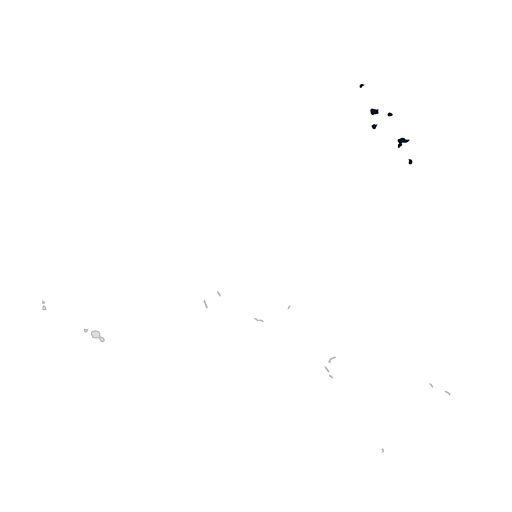 Marquesas Islands on a map of French Polynesia (Albers equal-area conic projection), rotated 6°
{"feature_id": "PYF-4967", "entity_name": "Marquesas Islands", "entity_type": "state/province", "adm_level": 1, "iso_a3": "PYF", "parent_name": "French Polynesia", "parent_adm1": "", "projection": "albers", "projection_center": [-139.551, -9.25], "detail": "fine", "context": "in_parent", "style": "filled", "palette": "ink", "viewbox_px": 512, "rotation_deg": 6, "n_neighbors": 0, "source": "natural_earth", "source_scale": "10m", "svg_char_len": 4277}
<svg xmlns="http://www.w3.org/2000/svg" viewBox="0 0 512 512"><g transform="rotate(6 256 256)"><path d="M109.2,352.5L113.1,353.7L113.9,355.8L113.1,357.2L111.1,356.9L110.1,356.1L108.7,353.7L104.8,354.3L102.2,353.9L100.6,350.7L100.5,349.2L101.1,348.3L103.9,347.2L107.5,347.8L108.8,349.7L109.2,352.5ZM389.7,123.8L393.9,125.3L395.2,125.1L393.8,126.6L389.7,127.4L388.3,128.1L386.6,127.6L385.7,125.9L389.7,123.8ZM360.5,101.6L357.7,102.3L356.4,102.2L355.4,99.9L355.8,98.5L356.2,98.0L360.9,98.6L361.3,99.6L361.2,100.6L360.5,101.6ZM51.6,331.5L50.5,331.6L49.5,331.2L49.7,328.3L49.9,327.7L51.5,328.6L52.8,331.1L51.6,331.5ZM95.6,348.8L94.8,349.5L93.7,349.1L93.1,348.4L92.9,347.6L93.2,346.8L95.7,346.8L96.5,347.2L95.6,348.8ZM374.9,102.5L373.1,102.7L372.8,101.3L373.3,100.6L374.1,100.2L375.5,100.6L376.2,101.3L376.2,101.8L374.9,102.5ZM360.4,116.2L359.8,116.7L358.7,115.0L358.5,114.3L360.5,113.4L361.6,113.9L360.4,116.2ZM212.9,312.1L213.0,312.6L212.4,312.6L211.4,311.2L211.0,309.9L210.3,308.5L209.4,307.5L209.3,306.6L209.3,305.1L210.3,307.4L211.3,309.2L212.0,310.7L212.9,312.1ZM340.8,353.5L340.9,354.1L339.9,354.0L339.6,353.8L339.7,352.8L340.4,351.6L340.9,350.6L342.1,349.7L344.1,348.7L345.1,348.3L345.4,348.5L345.1,348.7L341.7,350.7L340.6,352.1L340.2,353.0L340.3,353.3L340.8,353.5ZM400.0,147.0L399.0,147.5L398.9,144.5L400.3,145.0L400.8,145.5L400.5,146.4L400.0,147.0ZM340.3,362.8L340.5,363.6L339.5,363.1L338.5,361.7L336.8,359.9L336.4,359.2L337.7,359.9L338.5,360.9L340.3,362.8ZM49.8,325.4L49.3,325.6L48.8,325.1L48.6,324.3L48.7,323.1L50.0,323.9L50.6,324.4L49.8,325.4ZM388.7,130.5L386.6,132.7L386.6,130.3L387.4,130.0L388.0,130.0L388.7,130.5ZM463.4,373.1L462.9,373.7L462.8,373.1L462.1,372.8L461.0,372.2L459.6,371.5L458.8,371.4L458.5,371.0L459.0,370.8L459.9,371.1L461.1,371.7L462.5,372.4L463.4,373.1ZM224.5,298.6L224.4,299.9L223.9,298.7L222.1,296.8L221.5,295.9L222.3,296.0L224.5,298.6ZM344.2,368.1L344.6,369.1L343.9,368.7L341.8,367.7L341.6,366.9L344.2,368.1ZM268.8,319.5L270.3,320.8L268.4,319.9L265.8,319.5L266.8,319.3L268.2,319.3L268.8,319.5ZM265.3,319.9L264.2,320.1L261.5,318.4L262.6,318.4L264.1,319.5L265.3,319.9ZM445.1,367.3L445.1,367.8L442.5,365.1L443.5,365.3L445.1,367.3ZM403.2,436.9L402.4,437.5L402.7,436.8L402.1,435.2L401.5,435.0L402.1,434.6L403.0,435.7L403.2,436.9ZM294.1,304.5L293.6,304.8L294.2,302.6L294.9,302.3L294.1,304.5Z" fill="#d9dde1" stroke="#a8b0b8" stroke-width="1"/><path d="M394.9,125.1L395.5,125.1L395.4,125.3L394.0,126.5L393.4,126.8L392.7,127.0L391.6,127.1L390.1,127.0L389.8,127.0L389.6,126.9L389.3,126.8L389.0,126.9L388.8,127.0L388.8,127.8L388.6,128.3L388.4,128.3L388.0,128.2L386.8,127.9L386.4,127.6L386.0,127.2L385.8,126.9L385.6,126.5L385.5,126.0L385.6,125.7L386.5,125.4L388.9,124.0L389.9,123.8L390.8,123.9L391.1,124.5L391.4,124.9L392.0,125.2L392.6,125.3L393.1,125.3L393.8,125.5L394.1,125.5L394.4,125.5L394.6,125.3L394.8,125.2L394.9,125.1ZM361.1,99.2L361.9,99.8L362.0,100.2L362.1,100.8L362.0,101.2L361.6,101.2L360.9,100.7L360.8,101.3L360.4,101.8L359.8,101.9L359.4,101.5L359.2,101.5L358.9,101.8L357.8,102.2L357.5,102.4L357.4,102.9L357.1,102.8L356.7,102.5L356.1,102.1L355.9,101.7L355.6,100.4L355.6,99.9L355.5,99.6L355.3,99.4L355.2,99.2L355.6,98.2L356.4,98.0L360.0,98.6L360.8,98.6L361.1,98.5L361.4,98.3L361.7,98.2L361.7,98.3L361.6,98.5L361.4,98.7L361.1,99.2ZM360.4,113.3L361.0,114.0L361.4,114.1L361.7,113.9L361.4,114.7L361.1,115.7L360.8,116.5L359.9,116.8L359.4,116.5L358.1,114.7L358.6,114.3L359.1,113.8L359.7,113.4L360.4,113.3ZM398.7,144.5L399.6,144.5L400.1,144.6L400.4,144.9L400.9,145.8L400.9,146.9L400.4,147.8L399.5,148.0L399.1,147.8L398.8,147.3L398.8,146.8L399.2,145.8L399.2,145.4L398.7,144.5ZM376.0,100.9L376.4,101.3L376.2,101.7L375.8,101.9L375.3,102.1L374.1,102.2L373.6,102.4L373.2,102.9L373.3,102.4L373.2,102.0L372.9,101.6L372.8,101.2L373.7,100.1L374.0,100.1L374.2,100.5L374.4,100.5L374.8,100.3L375.1,100.4L376.0,100.9ZM388.1,129.6L388.4,129.7L388.8,130.0L389.0,130.2L388.9,130.4L388.8,130.5L388.7,130.6L388.5,130.8L388.2,130.9L387.7,131.3L387.1,132.4L386.7,132.8L386.4,132.4L386.4,131.8L386.5,131.3L386.3,130.7L386.6,130.4L387.0,129.7L387.5,129.3L388.1,129.6ZM343.1,76.4L342.9,76.8L342.7,77.1L342.4,77.1L342.1,76.8L342.1,75.7L342.7,74.9L343.6,74.5L344.6,74.8L344.2,75.1L343.6,75.3L343.3,75.5L343.1,76.4Z" fill="#0f172a" stroke="#020617" stroke-width="1.5"/></g></svg>